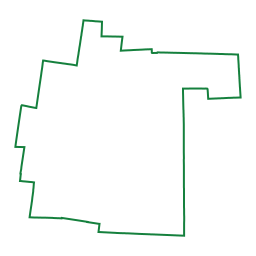 outline of Dragalina, Calarasi, Romania
{"feature_id": "2599482B45268650673873", "entity_name": "Dragalina", "entity_type": "district", "adm_level": 2, "iso_a3": "ROU", "parent_name": "Romania", "parent_adm1": "Calarasi", "projection": "mercator", "projection_center": [27.403, 44.443], "detail": "fine", "context": "isolated", "style": "outline", "palette": "green", "viewbox_px": 256, "rotation_deg": 0, "n_neighbors": 0, "source": "geoboundaries", "source_scale": "gbopen_adm2", "svg_char_len": 4276}
<svg xmlns="http://www.w3.org/2000/svg" viewBox="0 0 256 256"><path d="M184.1,235.7L184.1,233.6L184.1,230.6L184.1,228.5L184.1,225.8L184.1,225.4L184.1,223.1L184.2,220.2L184.2,219.7L184.2,219.3L184.2,218.0L184.2,216.9L184.1,213.9L184.1,212.8L184.1,211.6L184.1,209.8L184.1,209.0L184.0,207.2L184.0,205.8L184.0,205.2L184.0,203.0L184.0,201.0L184.0,198.2L184.0,195.8L184.0,194.8L184.0,192.9L184.0,190.1L184.0,188.7L183.9,187.4L183.9,186.1L183.9,184.2L183.9,180.6L183.9,178.0L183.9,174.9L183.9,170.3L183.9,168.2L183.9,167.1L183.9,166.1L183.9,165.7L183.8,160.4L183.8,159.5L183.9,158.8L183.9,158.3L183.9,157.4L183.8,152.3L183.8,150.3L183.8,146.7L183.8,142.2L183.8,136.3L183.8,128.9L183.8,126.7L183.8,124.6L183.7,119.8L183.7,118.0L183.6,116.5L183.6,114.5L183.5,112.0L183.5,110.7L183.4,109.4L183.3,105.4L183.2,100.9L183.1,95.6L183.0,91.8L183.0,88.6L183.9,88.6L185.4,88.6L186.6,88.6L188.4,88.6L190.5,88.5L192.2,88.5L193.4,88.5L194.5,88.5L195.5,88.5L196.9,88.5L198.1,88.5L199.4,88.5L201.3,88.5L202.7,88.6L204.0,88.6L204.9,88.6L205.7,88.5L206.5,88.6L206.9,88.6L207.1,88.6L207.3,88.7L207.4,88.9L207.5,89.0L207.6,89.4L207.8,92.0L208.2,98.8L208.4,98.8L210.8,98.7L215.3,98.5L217.9,98.4L219.3,98.3L220.0,98.3L220.7,98.3L221.5,98.2L222.1,98.2L223.2,98.2L224.5,98.1L226.3,98.0L228.1,97.9L229.7,97.9L231.0,97.8L232.0,97.8L233.1,97.7L234.0,97.7L234.7,97.7L235.6,97.7L236.8,97.6L238.1,97.6L239.2,97.5L240.1,97.5L240.6,97.5L240.6,97.4L240.5,95.8L240.1,89.7L240.0,87.7L239.9,87.0L239.8,84.9L239.7,83.4L239.5,80.0L239.5,79.5L239.5,79.4L239.4,78.5L239.4,77.3L239.3,76.4L239.3,76.0L239.3,75.4L239.2,75.0L239.2,74.9L239.2,74.7L239.2,74.3L239.1,73.6L239.1,73.1L239.1,72.8L239.0,71.2L238.9,69.9L238.9,69.1L238.9,68.5L238.8,68.2L238.7,66.6L238.7,65.5L238.5,62.4L238.4,60.7L238.3,59.6L238.2,56.8L238.0,54.5L237.9,54.5L236.1,54.5L231.9,54.3L225.9,54.2L222.0,54.0L221.9,54.0L220.4,54.0L219.9,54.0L217.9,53.9L211.4,53.7L211.1,53.7L209.4,53.7L207.2,53.6L204.7,53.6L204.2,53.5L202.7,53.5L201.0,53.4L199.4,53.4L196.6,53.3L191.1,53.2L179.7,52.9L178.2,52.9L175.8,52.8L174.3,52.8L170.3,52.7L166.9,52.6L165.4,52.6L163.4,52.5L161.3,52.5L160.2,52.5L158.5,52.4L157.4,52.4L157.2,52.6L157.1,52.9L152.3,53.0L152.1,53.0L151.9,52.8L151.8,52.7L151.8,51.4L151.8,50.4L151.7,49.2L149.1,49.3L145.8,49.4L142.5,49.6L138.2,49.8L133.6,50.0L130.7,50.2L126.1,50.4L120.8,50.7L121.8,42.1L122.5,36.7L117.9,36.6L113.2,36.5L111.6,36.5L106.8,36.4L104.9,36.4L103.4,36.4L102.3,36.4L101.5,36.4L101.7,31.9L101.8,29.5L102.0,21.7L100.6,21.6L96.3,21.3L95.6,21.3L92.9,21.0L91.7,20.9L90.6,20.9L88.9,20.7L87.2,20.6L85.3,20.5L83.5,20.3L83.3,21.9L83.1,23.3L82.9,24.4L82.8,25.7L82.5,27.3L82.3,28.8L82.2,29.5L82.1,30.2L82.0,30.9L81.9,31.5L81.6,33.3L81.4,35.0L81.3,35.8L81.1,36.5L80.9,37.9L80.8,38.9L80.6,39.9L80.2,42.7L80.0,44.0L79.8,45.4L79.4,47.6L79.2,49.0L79.1,49.8L79.0,50.3L78.9,51.2L78.7,52.1L78.5,53.8L78.2,55.6L77.9,57.3L77.6,59.1L77.2,62.3L76.7,65.5L73.1,64.8L70.4,64.4L67.8,64.1L65.3,63.7L62.1,63.3L61.6,63.2L61.0,63.1L60.9,63.1L54.2,62.2L52.3,61.9L50.2,61.6L48.1,61.3L47.5,61.2L46.9,61.1L44.7,60.7L43.3,60.5L43.1,60.5L43.0,61.5L42.8,62.5L42.7,63.2L42.6,64.3L42.2,67.5L41.5,72.1L41.1,75.1L39.1,88.6L36.4,107.3L36.3,108.0L35.4,107.9L29.1,106.7L26.5,106.1L21.9,105.2L21.4,105.8L21.2,106.6L20.0,114.6L18.2,126.8L16.4,139.3L15.6,145.0L15.4,146.9L24.4,147.1L23.0,156.4L21.6,165.6L21.5,166.3L21.4,167.1L21.2,169.2L20.9,170.6L20.6,172.3L20.4,173.4L20.4,173.5L20.5,173.5L20.6,173.8L20.7,174.0L20.8,174.0L20.8,174.5L20.6,175.4L20.5,176.5L20.3,178.4L20.0,181.0L20.8,181.0L21.5,181.1L22.9,181.3L24.3,181.4L26.4,181.6L27.5,181.7L29.4,181.9L32.0,182.1L34.0,182.4L33.8,183.9L33.7,185.3L33.5,188.1L33.3,189.4L33.2,191.5L32.9,193.6L32.7,195.2L32.4,197.2L32.2,199.1L32.0,200.9L31.6,203.4L31.5,204.3L30.6,210.2L30.0,214.4L29.6,217.3L33.7,217.5L39.9,217.6L40.3,217.6L43.0,217.7L43.5,217.7L45.0,217.7L45.6,217.7L46.1,217.7L52.6,217.9L53.1,218.0L55.5,218.1L57.7,218.2L58.3,218.2L58.7,218.2L61.6,218.4L61.7,217.9L79.5,220.6L87.1,221.8L87.6,221.9L87.5,222.1L91.5,222.7L99.3,223.9L99.5,223.9L98.5,232.0L108.3,232.5L116.0,232.9L117.0,233.0L117.6,233.0L119.7,233.1L122.9,233.2L124.3,233.2L124.8,233.2L125.7,233.3L127.1,233.3L139.4,233.9L150.0,234.3L150.9,234.4L151.7,234.4L152.5,234.4L167.2,235.0L181.6,235.6L184.1,235.7Z" fill="none" stroke="#15803d" stroke-width="2"/></svg>